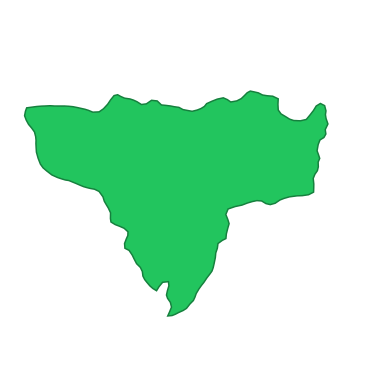 the district of Leme do Prado, Minas Gerais, Brazil, rotated 78°
{"feature_id": "56859067B57249042092490", "entity_name": "Leme do Prado", "entity_type": "district", "adm_level": 2, "iso_a3": "BRA", "parent_name": "Brazil", "parent_adm1": "Minas Gerais", "projection": "orthographic", "projection_center": [-42.742, -17.063], "detail": "fine", "context": "isolated", "style": "filled", "palette": "green", "viewbox_px": 384, "rotation_deg": 78, "n_neighbors": 0, "source": "geoboundaries", "source_scale": "gbopen_adm2", "svg_char_len": 2530}
<svg xmlns="http://www.w3.org/2000/svg" viewBox="0 0 384 384"><g transform="rotate(78 192 192)"><path d="M109.0,138.2L106.4,141.8L106.4,148.0L107.4,153.8L108.6,159.3L110.9,162.1L112.2,165.8L112.9,169.8L113.1,175.1L110.9,180.4L109.5,183.7L106.5,187.2L104.9,191.6L103.4,195.1L101.9,199.4L100.5,203.8L95.7,207.1L93.9,212.5L96.3,218.3L95.9,223.3L92.2,227.1L89.9,230.2L88.1,233.3L86.2,238.4L83.7,241.9L81.4,244.5L81.5,248.2L84.9,252.4L88.6,256.2L92.2,261.3L94.3,266.2L93.3,272.4L90.6,276.3L88.8,279.5L87.3,282.8L85.6,286.5L83.8,290.7L82.5,294.8L81.4,298.8L80.5,303.1L79.3,308.6L78.1,312.9L77.5,316.8L76.7,321.4L76.1,325.9L75.7,331.1L75.3,336.2L78.3,338.1L82.6,339.9L87.2,339.2L91.9,337.8L96.2,335.5L100.5,333.6L105.4,333.4L108.9,333.8L112.2,334.6L116.6,335.3L120.7,335.9L127.0,335.5L133.2,334.5L137.5,332.6L141.5,329.5L146.2,325.5L149.8,320.6L151.9,317.1L153.9,313.4L155.2,310.0L157.2,307.1L159.3,304.0L162.0,300.2L164.2,297.0L165.9,293.8L167.5,290.5L169.0,286.8L172.1,282.8L178.2,280.1L182.8,279.7L186.5,278.5L190.2,277.2L195.4,276.0L201.1,277.3L204.5,277.5L207.9,273.9L210.5,269.9L213.3,266.0L217.6,262.9L221.2,263.8L224.2,266.0L228.4,268.7L233.1,269.3L236.0,265.7L241.2,263.6L245.6,262.5L250.6,261.1L255.0,258.2L259.5,257.1L264.0,257.5L267.8,256.5L271.2,254.8L275.1,252.7L278.3,250.3L281.2,247.2L277.7,243.9L274.2,239.5L274.8,233.7L278.9,234.1L283.5,236.6L287.5,238.4L290.9,238.0L295.5,236.1L300.4,236.0L304.5,238.8L308.2,241.5L308.7,237.1L308.1,233.7L307.1,230.1L306.1,225.4L304.7,221.6L301.2,217.4L298.4,213.2L295.5,211.0L292.2,209.0L288.2,205.3L285.1,201.9L282.9,199.2L279.0,195.2L275.9,191.5L273.5,188.9L270.4,187.0L266.5,185.2L261.0,182.8L256.5,181.4L252.3,178.9L247.8,177.3L245.6,172.4L244.6,168.5L240.1,167.1L234.8,164.5L230.7,162.3L226.3,162.7L221.0,163.6L216.1,160.2L215.2,152.8L215.2,145.9L214.3,140.1L213.9,135.0L213.9,130.4L215.2,125.8L218.7,122.1L220.6,118.1L220.3,113.0L218.1,107.6L217.4,103.4L217.0,97.8L217.6,90.0L218.5,84.9L218.9,78.5L217.4,73.1L213.4,72.1L209.5,71.2L203.9,70.6L200.2,68.1L197.2,64.9L193.6,63.2L189.0,62.4L185.7,60.1L181.9,60.5L177.7,61.1L171.8,58.7L167.7,56.0L166.1,51.6L163.1,49.0L158.7,48.7L153.7,44.9L147.9,45.6L144.1,45.4L140.5,44.1L135.1,44.3L132.1,48.0L133.7,52.6L137.6,56.3L141.3,60.7L144.8,65.1L144.9,71.2L143.2,77.7L141.0,81.4L138.0,84.5L134.1,88.7L129.7,90.6L124.1,89.7L118.8,88.3L115.1,93.1L113.5,98.4L111.8,102.8L108.8,106.5L106.9,110.6L105.4,114.0L106.4,117.4L108.6,120.7L110.9,124.4L112.2,129.2L112.0,135.4L109.0,138.2Z" fill="#22c55e" stroke="#15803d" stroke-width="1.5"/></g></svg>